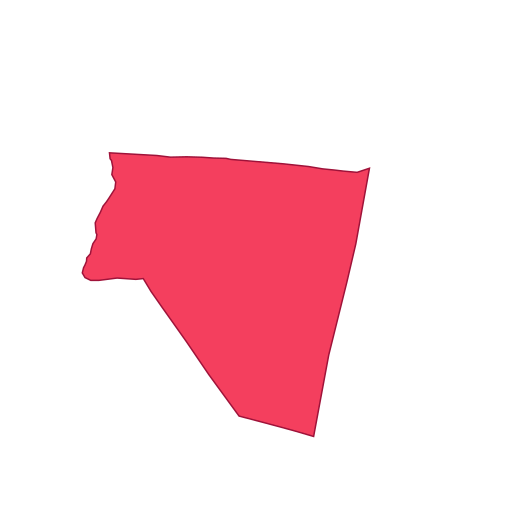 the district of Magta lahjar, Brakna, Mauritania, rotated 139°
{"feature_id": "47542326B18376526841546", "entity_name": "Magta lahjar", "entity_type": "district", "adm_level": 2, "iso_a3": "MRT", "parent_name": "Mauritania", "parent_adm1": "Brakna", "projection": "mercator", "projection_center": [-12.791, 17.745], "detail": "fine", "context": "isolated", "style": "filled", "palette": "rose", "viewbox_px": 512, "rotation_deg": 139, "n_neighbors": 0, "source": "geoboundaries", "source_scale": "gbopen_adm2", "svg_char_len": 854}
<svg xmlns="http://www.w3.org/2000/svg" viewBox="0 0 512 512"><g transform="rotate(139 256 256)"><path d="M298.9,430.0L302.3,425.1L302.4,422.9L306.0,416.6L311.4,412.0L313.3,403.9L318.4,399.3L326.8,396.8L329.2,396.1L333.3,395.0L338.7,394.0L344.8,391.1L351.2,388.6L355.6,386.5L361.5,378.5L362.0,376.6L365.4,373.8L371.0,372.3L375.6,369.4L379.6,366.3L385.0,365.6L387.4,363.2L391.2,361.3L393.8,360.3L398.2,357.2L399.2,351.9L396.7,346.0L390.6,340.7L375.3,330.5L362.0,317.2L355.9,312.9L358.5,297.9L360.5,279.2L364.7,237.0L369.4,197.6L373.8,146.3L359.2,124.9L342.6,100.2L330.9,82.0L266.0,133.6L205.1,176.3L172.8,199.6L112.8,247.8L124.8,252.8L134.4,262.8L140.4,269.4L148.5,278.0L157.6,289.0L174.4,307.1L211.7,345.5L214.5,349.3L223.6,357.6L231.7,365.7L243.2,376.3L255.7,386.7L264.9,396.9L298.9,430.0Z" fill="#f43f5e" stroke="#9f1239" stroke-width="1.5"/></g></svg>